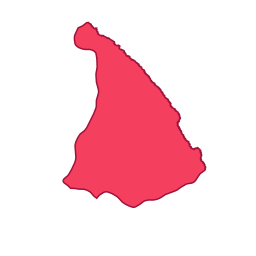 the district of La Cienaga, Barahona, Dominican Republic, rotated 295°
{"feature_id": "3306468B5550416760665", "entity_name": "La Cienaga", "entity_type": "district", "adm_level": 2, "iso_a3": "DOM", "parent_name": "Dominican Republic", "parent_adm1": "Barahona", "projection": "natural_earth1", "projection_center": [-71.101, 18.096], "detail": "fine", "context": "isolated", "style": "filled", "palette": "rose", "viewbox_px": 256, "rotation_deg": 295, "n_neighbors": 0, "source": "geoboundaries", "source_scale": "gbopen_adm2", "svg_char_len": 5871}
<svg xmlns="http://www.w3.org/2000/svg" viewBox="0 0 256 256"><g transform="rotate(295 128 128)"><path d="M49.1,101.4L50.6,105.0L51.9,109.4L53.9,114.0L54.3,116.7L54.2,119.5L53.9,121.3L51.9,125.8L51.1,129.3L55.0,130.4L59.4,133.2L60.5,134.3L61.5,136.6L61.8,141.2L61.4,145.9L60.8,148.6L58.5,154.1L57.9,157.8L57.8,161.6L58.0,164.3L58.3,166.0L59.1,167.5L60.2,168.5L63.9,171.0L68.1,173.2L69.3,174.2L71.3,176.8L73.6,181.6L75.2,183.8L77.1,185.8L79.2,187.4L83.5,190.0L90.6,197.0L92.6,198.7L96.9,201.1L101.9,204.6L102.8,205.7L104.9,208.9L106.6,210.5L108.9,211.4L114.6,212.2L117.1,212.7L122.2,215.5L123.3,215.5L123.3,215.1L124.6,215.1L124.6,214.7L125.6,214.7L126.3,213.2L126.9,213.2L126.9,212.8L127.2,212.8L127.2,212.4L127.9,212.1L127.9,211.3L128.2,211.3L128.2,210.9L128.5,210.9L128.5,210.1L128.9,210.1L128.9,209.7L129.2,209.7L129.2,207.8L130.2,207.8L130.2,207.4L130.5,207.4L130.5,207.0L130.8,207.0L130.8,206.7L131.8,206.7L131.8,206.3L134.1,206.3L134.1,205.9L134.8,205.9L134.8,205.5L135.4,205.5L135.7,204.7L136.4,204.7L136.4,204.4L136.7,204.4L136.7,204.0L137.0,204.0L137.0,203.6L137.7,203.6L137.7,203.2L138.3,203.2L138.3,202.4L139.0,202.0L139.0,200.5L139.3,200.5L139.6,199.7L139.3,199.7L139.3,199.3L138.7,199.0L138.7,198.2L138.3,198.2L138.0,197.4L137.0,197.4L137.0,197.0L136.4,197.0L136.4,196.3L136.7,196.3L136.7,195.5L136.4,195.5L136.4,194.3L136.7,194.3L136.7,193.2L137.4,193.2L137.4,192.8L137.7,192.8L137.7,191.3L138.7,191.3L138.7,190.9L139.3,190.9L139.3,190.5L139.6,190.5L139.6,189.7L140.0,189.7L140.3,189.0L141.0,189.0L141.0,188.2L141.3,188.2L141.3,187.4L141.0,187.4L141.0,186.6L141.3,186.6L141.3,185.9L141.9,185.5L141.9,184.7L142.3,184.7L142.3,184.3L142.6,184.3L142.6,183.6L142.9,183.6L142.9,182.8L143.6,182.8L143.6,182.0L144.2,182.0L144.5,181.3L144.9,181.3L144.9,180.9L145.2,180.9L145.2,179.7L145.8,179.3L145.8,178.9L146.5,178.6L146.5,178.2L146.8,178.2L146.8,177.8L147.2,177.8L147.2,177.4L147.8,177.4L147.8,176.6L148.1,176.6L148.1,175.9L148.5,175.9L148.5,175.5L149.1,175.5L149.1,174.7L149.4,174.7L149.4,174.3L150.1,174.3L150.1,173.9L150.4,173.9L150.4,173.2L150.7,173.2L150.7,172.4L151.1,172.4L151.1,172.0L151.7,172.0L151.7,171.6L152.7,171.6L152.7,171.3L153.0,171.3L153.0,170.9L153.7,170.9L153.7,170.5L154.3,170.5L154.3,170.9L155.0,170.9L155.0,171.3L155.6,171.3L155.6,171.6L156.0,171.6L156.3,170.9L158.2,170.9L158.2,171.3L158.9,171.3L158.9,170.9L159.5,170.9L159.5,170.5L160.2,170.1L160.2,169.7L160.9,169.7L161.2,168.9L161.8,168.9L161.8,168.2L162.2,168.2L162.2,167.8L162.5,167.8L162.5,167.4L162.8,167.4L162.8,167.0L163.5,166.6L163.5,164.7L163.8,164.7L163.8,163.9L164.1,163.9L164.1,163.2L164.4,163.2L164.4,162.4L165.1,162.4L165.1,159.3L165.4,159.3L165.4,158.5L165.8,158.5L165.8,157.8L166.1,157.8L166.1,157.0L166.7,157.0L166.7,156.6L168.0,156.6L168.0,156.2L168.4,156.2L168.4,155.5L168.7,155.5L168.7,154.7L169.0,154.7L169.0,154.3L169.3,154.3L169.3,153.5L169.7,153.5L170.0,152.8L170.3,152.8L170.3,152.4L170.6,152.4L170.6,151.6L171.0,151.6L171.0,149.7L171.3,149.7L171.3,148.5L172.0,148.2L172.3,147.4L172.9,147.4L172.9,146.2L173.3,146.2L173.3,145.5L173.6,145.5L173.9,144.7L174.2,144.7L174.2,144.3L174.6,144.3L174.6,143.9L174.9,143.9L174.9,143.2L175.2,143.2L175.2,142.4L175.9,142.0L175.9,141.6L176.2,141.6L176.2,141.2L176.5,141.2L176.5,140.5L176.8,140.5L176.8,139.7L177.2,139.7L177.2,138.9L177.5,138.9L177.5,138.2L177.8,138.2L177.8,137.0L178.1,137.0L178.1,134.7L178.5,134.7L178.5,133.9L179.1,133.9L179.1,133.5L179.8,133.2L179.8,131.6L179.5,131.6L179.5,131.2L179.8,131.2L179.8,130.5L180.1,130.5L180.1,129.7L180.4,129.7L180.4,128.9L180.8,128.9L180.8,128.5L181.1,128.5L181.4,127.8L181.7,127.8L182.1,127.0L182.4,127.0L182.4,126.2L182.7,126.2L183.0,125.5L183.4,125.5L183.4,125.1L183.7,125.1L183.7,123.9L184.0,123.9L184.0,123.1L184.3,123.1L184.3,121.6L184.7,121.6L184.7,120.8L185.0,120.8L185.0,120.1L185.3,120.1L185.3,119.7L185.7,119.7L185.7,119.3L186.0,119.3L186.0,118.9L186.3,118.9L186.3,118.5L187.0,118.5L187.0,118.1L187.3,118.1L187.3,115.8L187.9,115.4L187.9,115.1L188.6,114.7L188.6,114.3L188.9,114.3L188.9,112.0L189.2,112.0L189.2,111.6L189.6,111.6L189.6,111.2L189.9,111.2L189.9,110.4L190.5,110.4L190.5,108.5L190.9,108.5L190.9,107.0L191.5,106.6L191.5,105.1L191.9,105.1L191.9,103.5L191.5,103.5L191.2,102.7L191.5,102.7L191.5,102.4L191.9,102.4L191.9,100.8L192.2,100.8L192.2,100.0L192.8,99.7L192.8,99.3L193.5,99.3L193.5,98.1L193.2,98.1L193.2,97.4L192.8,97.4L192.8,96.2L193.2,96.2L193.2,95.4L193.8,95.0L194.1,94.3L194.5,94.3L194.5,93.5L194.8,93.5L194.8,92.7L195.1,92.7L195.1,92.3L195.8,92.3L195.8,92.0L196.1,92.0L196.1,91.2L196.4,91.2L196.4,88.9L196.1,88.9L196.1,87.0L196.7,86.6L196.7,86.2L198.0,86.2L198.0,85.8L198.7,85.8L198.7,85.4L199.0,85.4L199.0,84.6L198.7,84.6L198.7,83.9L198.0,83.5L198.0,80.8L198.4,80.8L198.4,80.0L198.7,80.0L198.7,79.6L200.0,79.6L200.0,78.9L200.3,78.9L200.3,77.0L200.7,77.0L200.7,73.9L201.3,73.5L201.3,72.3L201.0,72.3L201.0,71.2L200.7,71.2L200.7,70.4L201.0,70.4L201.0,66.9L201.3,66.9L201.3,66.6L201.0,66.5L201.0,65.8L200.7,65.8L200.7,65.0L200.3,65.0L200.3,61.6L200.7,61.6L200.7,61.2L201.0,61.2L201.3,60.4L201.6,60.4L201.6,60.0L202.3,60.0L202.3,59.2L202.6,59.2L202.9,58.5L203.6,58.5L203.6,58.1L204.2,58.1L204.6,57.3L205.2,57.3L204.9,56.6L204.6,56.6L204.6,56.2L203.9,56.2L203.9,54.6L204.6,54.2L204.6,52.7L205.2,52.7L205.2,51.6L205.6,51.6L205.9,50.8L206.2,50.8L206.2,50.0L206.5,50.0L206.5,47.7L206.9,47.6L206.0,46.0L201.5,43.8L197.7,40.5L190.1,40.5L188.3,40.8L185.4,42.1L182.3,44.2L181.2,45.3L180.3,47.8L180.1,49.8L180.3,52.8L181.0,55.7L183.0,60.1L183.5,62.7L183.3,65.3L182.2,67.4L177.3,70.7L170.2,74.3L163.9,76.0L161.7,77.0L156.1,80.1L150.0,85.2L147.6,86.4L139.6,87.7L134.5,90.0L132.8,90.5L126.2,90.9L110.8,90.5L107.2,89.7L103.1,87.6L101.4,87.0L97.8,86.6L93.2,86.6L89.7,87.4L79.4,93.2L76.9,94.0L74.2,94.4L66.6,94.4L60.9,93.9L59.2,93.5L55.2,91.6L53.9,91.3L52.6,91.6L52.1,92.0L51.4,93.0L50.4,97.8L49.1,101.4Z" fill="#f43f5e" stroke="#9f1239" stroke-width="1.5"/></g></svg>